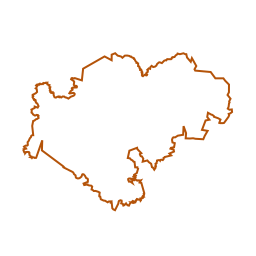 Choix, Sinaloa, Mexico (Mercator projection), rotated 280°
{"feature_id": "50627088B30969401121850", "entity_name": "Choix", "entity_type": "district", "adm_level": 2, "iso_a3": "MEX", "parent_name": "Mexico", "parent_adm1": "Sinaloa", "projection": "mercator", "projection_center": [-108.281, 26.663], "detail": "fine", "context": "isolated", "style": "outline", "palette": "amber", "viewbox_px": 256, "rotation_deg": 280, "n_neighbors": 0, "source": "geoboundaries", "source_scale": "gbopen_adm2", "svg_char_len": 5771}
<svg xmlns="http://www.w3.org/2000/svg" viewBox="0 0 256 256"><g transform="rotate(280 128 128)"><path d="M82.7,42.7L101.0,45.7L91.0,47.1L79.0,70.9L78.7,71.3L78.5,71.0L78.1,71.1L75.0,81.3L74.0,82.4L73.3,82.7L72.2,84.6L70.5,85.1L69.8,85.8L69.6,87.5L70.2,89.0L72.0,90.6L74.3,91.0L74.7,91.6L74.6,92.5L73.4,94.0L71.5,95.4L71.1,97.0L70.5,97.4L68.0,97.8L65.6,93.9L64.2,94.8L65.4,98.0L64.9,98.3L64.7,99.3L64.8,101.9L64.1,102.9L61.1,102.8L60.9,103.9L60.0,105.2L60.4,107.0L60.0,109.8L59.5,111.3L55.9,111.5L55.6,111.8L55.6,112.6L53.1,113.6L52.3,116.6L52.4,118.0L51.3,120.9L52.3,121.8L52.7,123.5L51.8,123.8L52.6,124.6L46.2,126.5L45.3,127.7L44.8,129.5L51.9,131.6L54.0,131.6L54.6,131.8L55.5,133.0L55.4,134.3L54.4,134.6L52.6,134.4L52.4,136.0L50.8,136.9L51.3,137.7L51.9,137.6L52.4,138.5L53.3,139.1L52.5,139.6L52.4,140.5L51.8,141.1L51.7,142.4L53.9,143.0L55.1,143.9L55.3,143.6L55.5,145.0L55.1,145.5L55.2,145.9L55.7,146.2L56.3,146.1L56.2,144.8L57.0,145.4L56.7,146.4L55.4,146.9L55.7,147.5L56.2,147.0L56.3,147.5L57.8,148.2L57.5,148.5L59.4,149.0L59.2,149.5L59.6,149.9L59.2,150.5L59.5,151.3L59.1,152.8L58.6,153.0L59.1,153.3L60.8,152.5L61.0,153.1L60.2,153.5L60.8,153.5L61.6,154.7L62.2,154.5L62.8,155.4L63.0,155.0L62.5,154.4L62.7,154.1L63.6,154.4L64.1,155.3L65.6,155.4L65.9,154.9L66.7,155.3L76.2,150.7L76.3,148.9L78.7,149.8L78.2,148.9L78.4,148.1L77.9,147.1L78.2,146.9L77.9,145.5L78.7,144.5L78.4,143.5L77.7,143.3L77.8,142.1L76.8,141.5L75.3,141.3L74.6,141.8L75.8,139.2L75.3,138.4L76.5,137.4L77.7,137.0L78.5,137.8L78.7,139.3L78.2,139.9L78.4,140.3L78.0,140.5L78.1,140.8L77.4,141.3L78.0,141.9L78.7,140.9L78.9,141.5L78.3,142.0L78.9,143.1L79.4,142.6L80.5,143.8L80.7,143.5L82.0,143.9L81.8,143.1L81.3,142.8L81.3,141.9L82.2,142.4L82.9,142.1L85.2,144.5L89.7,145.0L90.5,143.9L90.9,143.9L90.5,141.9L95.8,140.3L95.8,139.3L96.9,138.0L97.4,136.4L98.5,135.1L98.4,133.0L105.9,133.3L110.1,140.4L108.8,140.9L105.5,145.5L104.5,144.2L104.0,144.3L102.5,145.4L102.4,146.7L100.4,148.4L97.4,148.3L99.4,152.7L98.0,154.4L96.8,157.0L93.6,158.4L93.3,159.5L91.5,161.1L93.5,162.0L94.2,161.7L94.8,162.1L95.3,161.5L96.1,161.9L97.5,161.3L98.2,162.2L98.6,162.0L100.0,162.4L101.0,162.2L101.6,163.4L101.8,164.9L101.4,165.3L102.2,165.5L102.6,166.5L102.4,167.8L103.4,168.4L104.7,168.2L105.3,169.1L105.8,169.2L108.5,175.3L110.0,173.2L112.8,177.4L114.6,176.7L115.0,173.4L115.9,173.7L117.1,176.7L121.2,176.7L121.5,174.3L124.0,173.4L125.6,173.6L126.7,174.3L127.0,176.1L129.1,178.4L130.9,183.5L139.5,182.4L133.0,186.1L127.8,186.6L128.4,190.8L129.2,193.9L129.1,196.3L130.0,204.1L133.5,204.9L139.0,206.9L139.0,201.2L148.9,203.1L150.3,206.7L152.6,204.1L156.9,204.1L155.6,207.8L155.6,208.7L154.7,210.5L154.0,210.7L153.3,214.9L152.4,217.6L148.9,217.0L148.8,217.9L149.3,220.7L149.7,221.7L156.4,225.0L158.1,225.4L159.4,224.7L160.1,226.1L161.8,227.7L164.3,227.0L163.6,224.7L164.4,222.9L166.3,223.4L170.0,223.2L170.7,223.6L171.8,223.0L174.6,223.9L177.8,220.3L180.7,221.2L188.3,219.9L191.5,215.4L193.5,213.3L192.1,205.4L197.5,199.7L196.2,184.2L197.4,183.3L200.9,184.5L207.9,178.8L204.1,178.3L207.7,173.9L210.8,172.6L210.6,171.8L211.2,169.6L209.7,166.3L209.9,163.9L209.2,163.8L207.7,162.3L206.0,161.5L205.5,159.6L205.1,159.7L204.6,158.9L203.7,158.9L203.2,158.4L202.6,154.6L201.3,154.0L201.4,153.4L200.5,151.9L197.8,150.1L198.2,147.8L197.9,147.0L196.0,145.5L194.4,145.1L193.1,143.9L192.4,142.2L193.3,140.5L191.9,139.5L190.1,139.5L190.3,138.1L188.6,136.9L188.1,137.6L187.0,137.7L186.4,137.6L185.9,136.7L184.6,136.4L183.9,137.6L183.2,137.4L182.9,136.8L183.4,135.9L183.3,135.1L181.6,133.7L181.8,133.0L182.4,132.6L182.7,132.8L183.6,132.3L184.0,132.6L184.2,132.3L185.0,132.4L185.1,132.0L185.6,132.3L186.6,131.2L187.0,131.4L187.5,131.1L187.8,130.3L187.6,129.9L188.3,129.9L188.3,129.4L188.9,129.0L189.8,129.0L190.2,128.2L190.6,128.1L190.7,127.2L193.3,126.8L193.6,125.2L194.1,125.4L194.8,124.1L197.4,122.1L197.2,121.7L198.0,121.2L198.0,120.1L198.9,118.6L198.6,118.0L199.2,117.0L199.2,114.5L198.7,112.3L196.2,110.3L197.2,108.7L197.5,105.2L199.4,102.4L197.4,99.2L191.9,100.1L194.4,92.5L178.6,73.5L166.9,74.3L167.9,66.9L167.4,66.3L167.5,64.2L167.1,63.7L166.1,63.5L164.8,66.4L164.1,67.0L161.1,67.1L160.4,67.8L160.5,70.0L159.7,70.6L159.0,70.4L158.2,66.7L157.5,65.8L157.1,65.8L156.8,66.5L156.1,66.8L154.3,65.1L152.0,64.2L151.9,64.5L153.1,68.2L152.9,69.0L152.3,69.6L151.5,69.6L150.4,68.9L148.9,66.3L146.6,64.2L147.3,62.0L147.2,61.0L147.9,59.7L147.6,58.0L146.5,57.1L146.6,56.0L147.0,55.6L146.4,55.0L146.9,54.5L146.5,54.3L146.6,53.1L145.4,51.7L145.5,50.3L147.6,49.0L149.4,48.7L149.3,46.8L150.1,47.2L150.0,45.3L151.2,45.2L151.2,44.6L151.6,44.5L152.0,43.8L151.9,44.4L152.6,44.6L153.4,43.9L154.0,44.4L154.5,44.4L154.4,43.7L155.0,43.7L156.2,43.2L156.2,42.9L156.6,43.0L156.5,42.3L157.0,41.2L158.1,40.9L157.6,40.6L158.0,40.3L158.0,39.5L158.4,39.3L157.5,37.6L157.6,37.0L156.7,36.7L156.9,36.2L156.2,35.6L156.1,34.2L155.1,33.0L155.0,32.5L155.7,32.6L155.1,31.8L155.1,31.0L154.0,30.1L153.3,31.2L152.5,30.8L151.5,30.9L151.0,30.3L150.3,31.4L147.7,32.2L146.2,31.1L144.1,28.3L143.7,28.3L142.9,29.2L141.9,28.6L140.0,30.1L140.1,30.5L139.4,30.6L139.5,31.7L138.9,31.8L139.0,32.3L137.3,32.8L137.2,33.1L136.6,33.5L136.4,34.4L134.0,36.1L132.4,35.5L132.9,32.4L131.5,32.6L129.4,29.7L128.5,30.2L126.4,30.3L125.9,31.3L124.9,32.1L124.1,34.0L124.3,34.8L125.0,35.6L125.1,37.0L124.4,37.8L123.8,37.4L122.4,38.2L121.2,37.0L120.6,35.8L119.0,34.5L118.5,33.4L113.4,33.3L104.5,35.9L104.4,35.1L103.5,34.1L102.2,34.0L100.8,33.1L98.0,32.4L96.6,31.6L93.9,32.3L93.2,31.8L92.9,30.3L91.6,28.8L90.4,29.9L90.3,31.1L90.0,31.3L89.0,28.9L88.5,29.2L87.9,28.9L86.1,30.0L86.3,30.8L85.2,31.1L86.7,32.0L87.1,33.8L87.0,34.8L86.3,35.3L85.9,35.1L83.9,35.9L83.8,36.6L82.9,37.2L83.0,38.2L82.7,38.3L82.2,37.5L82.1,38.3L81.8,38.6L82.2,38.8L82.8,40.3L82.3,41.4L82.7,42.7Z" fill="none" stroke="#b45309" stroke-width="2"/></g></svg>